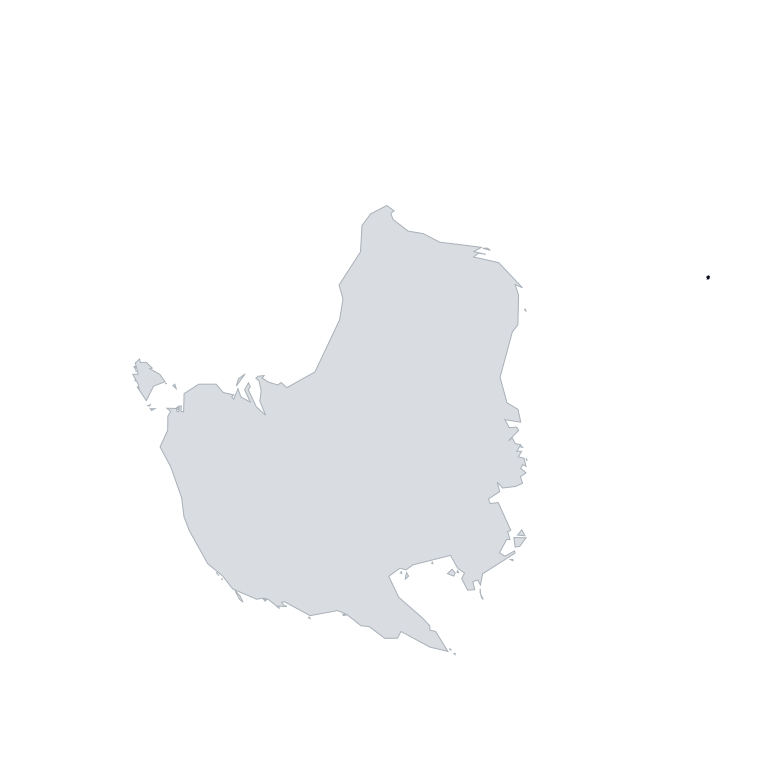 location of Christmas Island, Australia, rotated 121°
{"feature_id": "25037944B52215188187413", "entity_name": "Christmas Island", "entity_type": "district", "adm_level": 2, "iso_a3": "AUS", "parent_name": "Australia", "parent_adm1": "", "projection": "orthographic", "projection_center": [105.63, -10.491], "detail": "medium", "context": "in_parent", "style": "filled", "palette": "ink", "viewbox_px": 768, "rotation_deg": 121, "n_neighbors": 0, "source": "geoboundaries", "source_scale": "gbopen_adm2", "svg_char_len": 4359}
<svg xmlns="http://www.w3.org/2000/svg" viewBox="0 0 768 768"><g transform="rotate(121 384 384)"><path d="M585.9,209.2L587.4,242.0L594.9,241.5L601.6,252.2L599.6,271.8L603.1,279.2L600.7,297.4L602.2,307.2L620.6,328.0L621.9,357.4L623.9,359.3L625.7,354.4L628.9,360.3L630.3,357.9L628.2,372.3L629.7,377.0L634.1,382.4L637.6,408.0L631.7,423.4L628.8,442.7L609.8,475.6L600.9,487.0L585.6,499.0L564.8,524.2L553.2,543.6L535.0,545.6L522.9,552.7L517.4,552.6L516.6,557.6L511.9,549.4L513.8,547.9L514.1,546.1L512.6,545.8L508.5,548.4L507.4,546.3L512.0,543.9L511.1,541.4L495.2,550.4L479.6,542.7L470.6,527.8L474.1,517.4L470.7,507.1L473.5,507.9L474.4,505.0L463.3,506.7L468.8,500.0L468.4,489.2L460.7,500.5L452.7,500.8L455.3,497.1L458.8,497.4L469.3,481.8L471.8,469.4L462.5,481.7L453.2,485.7L445.6,492.8L445.1,496.8L442.2,495.9L438.5,491.1L441.7,491.4L441.8,483.6L439.5,474.5L435.7,473.0L437.2,465.4L409.2,449.4L351.9,455.1L332.3,462.9L322.3,473.5L282.9,472.2L259.5,484.5L245.1,483.1L229.6,473.6L230.4,464.5L234.3,466.1L238.4,460.7L240.5,442.0L234.8,427.5L233.8,409.5L216.7,370.9L224.3,375.2L220.4,363.4L223.2,370.4L229.0,372.6L220.9,348.2L230.2,314.9L231.2,322.8L238.7,314.3L264.4,299.7L273.0,300.9L318.4,288.0L336.7,269.0L336.8,256.0L346.3,247.1L352.3,262.0L356.9,254.2L352.7,248.2L354.4,244.7L368.5,248.0L364.1,246.3L367.6,240.8L365.5,235.6L373.2,235.4L370.8,231.4L377.2,231.3L375.5,225.7L381.5,219.9L381.6,223.6L386.0,223.4L387.0,216.5L393.1,219.4L397.7,214.1L404.1,218.5L412.1,228.8L409.8,236.4L416.6,229.4L428.8,235.3L431.8,231.4L426.8,225.1L444.1,200.0L446.9,202.0L452.5,195.8L454.0,198.8L469.2,198.1L469.4,191.7L459.8,186.1L461.5,184.6L496.0,201.7L506.7,197.8L503.7,202.7L507.7,206.0L513.6,200.3L517.6,206.1L510.8,217.2L504.6,217.6L503.9,226.1L496.6,238.7L524.1,266.0L532.0,269.4L533.6,275.4L546.4,280.9L559.3,261.5L564.6,231.4L567.7,220.2L571.4,217.9L569.5,212.4L580.3,191.5L585.9,209.2ZM494.8,572.9L504.5,580.4L520.7,579.2L513.4,594.5L514.0,591.6L510.8,594.6L505.0,604.4L502.2,599.6L494.1,608.0L488.4,606.4L491.0,604.0L487.9,598.9L489.7,590.9L491.5,592.7L491.2,581.1L494.8,572.9ZM442.7,183.1L453.3,184.0L456.2,187.6L448.7,193.6L442.7,183.1ZM446.9,508.3L461.8,509.5L454.6,511.4L446.9,508.3ZM512.7,225.2L513.9,232.0L507.7,230.2L509.3,225.7L512.7,225.2ZM637.8,405.2L639.9,398.0L643.6,392.5L643.0,396.9L637.8,405.2ZM523.1,567.6L526.5,569.6L525.5,571.7L523.1,567.6ZM441.5,185.0L444.7,191.7L438.0,190.8L441.5,185.0ZM494.1,564.1L491.9,563.2L495.0,559.7L494.1,564.1ZM540.2,265.2L537.0,266.7L534.0,267.5L536.0,264.0L540.2,265.2ZM216.8,369.2L214.4,365.6L214.4,362.4L214.8,362.2L216.8,369.2ZM523.6,573.6L524.3,575.3L522.0,573.7L523.6,573.6ZM629.6,373.6L631.4,373.9L630.4,377.0L629.6,373.6ZM601.4,297.2L603.4,299.5L602.7,300.6L601.4,297.2ZM499.2,604.9L498.0,607.3L496.9,606.3L499.2,604.9ZM633.3,426.6L632.1,430.4L631.9,430.3L633.3,426.6ZM469.4,185.2L467.9,183.3L469.1,182.4L469.4,185.2ZM516.9,190.3L514.1,193.3L517.6,187.9L516.9,190.3ZM635.3,422.0L634.0,423.1L635.0,421.9L635.3,422.0ZM513.3,250.5L511.8,251.0L512.8,249.5L513.3,250.5ZM507.8,224.5L506.0,224.7L507.3,222.8L507.8,224.5ZM248.6,299.3L247.9,301.9L247.1,301.7L248.6,299.3ZM577.7,189.6L577.4,191.8L576.9,190.1L577.7,189.6ZM512.2,546.7L512.0,548.0L511.7,547.5L512.2,546.7ZM513.4,194.2L509.9,196.1L513.6,193.6L513.4,194.2ZM376.0,222.5L374.5,224.0L375.5,222.2L376.0,222.5ZM501.0,603.3L500.0,603.6L500.9,602.8L501.0,603.3ZM537.6,272.7L535.9,272.4L537.0,271.2L537.6,272.7ZM367.7,233.9L366.6,234.7L366.7,232.6L367.7,233.9ZM509.5,599.1L508.1,599.6L509.1,598.3L509.5,599.1ZM579.4,183.7L579.1,185.2L578.2,184.3L579.4,183.7ZM510.8,548.3L511.4,549.6L509.7,548.9L510.8,548.3ZM623.3,328.3L622.3,328.2L623.1,326.6L623.3,328.3ZM625.0,354.0L624.4,353.9L625.2,352.7L625.0,354.0ZM496.2,571.1L495.5,572.0L495.8,570.8L496.2,571.1Z" fill="#d9dde1" stroke="#a8b0b8" stroke-width="1"/><path d="M126.3,160.0L126.2,160.1L126.1,160.3L125.9,160.5L125.7,160.6L125.4,160.7L125.2,160.7L124.9,160.6L124.7,160.4L124.6,160.5L124.7,160.8L124.6,161.0L124.4,161.3L124.5,161.4L124.6,161.2L124.8,161.2L125.0,161.2L125.1,161.3L125.3,161.3L125.5,161.3L125.7,161.5L125.8,161.7L125.8,161.8L125.8,162.0L126.0,162.1L126.1,161.9L126.2,161.7L126.3,161.5L126.3,161.4L126.3,161.2L126.4,160.9L126.5,160.8L126.7,160.7L126.8,160.7L126.7,160.7L126.8,160.7L126.7,160.6L126.7,160.4L126.6,160.2L126.4,160.0L126.3,160.0Z" fill="#0f172a" stroke="#020617" stroke-width="1.5"/></g></svg>